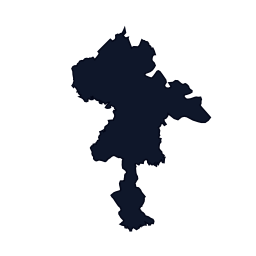 outline of Fortaleza dos Valos, Rio Grande do Sul, Brazil, rotated 311°
{"feature_id": "56859067B10871106243239", "entity_name": "Fortaleza dos Valos", "entity_type": "district", "adm_level": 2, "iso_a3": "BRA", "parent_name": "Brazil", "parent_adm1": "Rio Grande do Sul", "projection": "mercator", "projection_center": [-53.309, -28.909], "detail": "fine", "context": "isolated", "style": "filled", "palette": "ink", "viewbox_px": 256, "rotation_deg": 311, "n_neighbors": 0, "source": "geoboundaries", "source_scale": "gbopen_adm2", "svg_char_len": 5077}
<svg xmlns="http://www.w3.org/2000/svg" viewBox="0 0 256 256"><g transform="rotate(311 128 128)"><path d="M50.3,185.2L50.8,187.1L52.3,189.6L50.9,191.2L51.8,192.7L53.1,192.5L52.6,194.2L52.5,195.8L51.7,197.0L52.7,198.0L53.6,197.2L56.2,197.0L56.7,198.1L57.0,201.0L60.0,201.9L61.1,201.2L62.1,202.4L63.0,201.3L63.5,202.9L65.2,203.5L66.7,205.2L67.6,204.0L68.3,202.9L68.7,204.8L69.3,206.3L68.5,207.3L69.6,208.4L71.4,207.9L72.5,209.7L74.6,208.6L75.3,206.8L74.7,204.9L74.4,203.4L74.3,201.9L73.6,200.2L72.9,198.5L73.7,197.0L73.9,194.7L73.4,192.7L74.1,191.6L74.2,189.7L76.7,189.0L78.2,189.6L79.1,188.9L80.6,188.9L83.2,188.1L85.0,186.8L85.9,185.7L87.3,185.9L88.3,180.3L89.3,178.1L89.7,175.3L88.9,174.0L88.3,172.5L89.8,170.9L90.6,169.5L93.9,168.8L95.9,168.6L97.5,166.8L98.2,164.8L99.4,163.1L102.7,159.7L104.1,159.2L104.7,157.6L105.9,157.1L106.8,157.8L107.4,160.3L109.6,160.0L111.3,162.6L113.0,161.5L114.7,161.4L116.0,162.1L116.7,163.3L116.0,164.6L115.0,165.5L114.3,168.0L116.0,168.0L115.8,169.8L116.8,171.0L119.1,171.3L117.5,172.6L117.9,174.5L120.8,173.0L120.5,174.8L122.1,174.2L123.8,174.1L125.6,174.2L124.7,176.7L125.5,177.9L128.7,175.5L130.0,175.1L129.2,173.9L130.9,173.2L130.7,170.7L132.1,168.9L132.2,167.0L132.8,164.7L134.6,163.3L136.7,162.0L139.0,161.9L140.3,160.3L141.5,159.9L140.6,158.0L141.4,156.9L143.2,156.7L143.7,155.5L146.8,153.5L148.2,150.7L150.8,151.0L153.3,150.0L154.3,151.1L153.9,153.7L155.8,154.3L156.6,151.0L158.2,149.1L160.4,150.1L161.6,150.1L163.5,149.8L165.1,148.8L165.4,152.1L165.6,156.5L167.1,160.2L171.6,161.0L173.9,162.7L175.2,165.0L176.8,171.8L179.0,176.9L180.4,179.6L182.9,182.5L186.4,183.4L190.0,183.2L190.5,179.7L191.9,169.2L192.5,167.2L194.1,167.0L196.4,165.1L197.7,164.6L198.8,162.6L197.1,161.0L196.1,159.4L195.2,158.6L193.6,157.7L191.0,156.2L189.3,154.7L188.1,153.4L188.0,151.8L188.1,150.4L188.8,149.1L190.2,148.9L192.5,150.5L194.7,151.8L197.0,152.6L198.1,151.8L197.8,149.3L198.1,147.9L199.1,146.2L199.3,143.6L198.9,142.1L197.4,141.5L196.4,140.2L196.2,138.8L196.2,134.6L194.8,132.7L191.9,132.1L188.9,129.2L187.7,133.2L186.4,133.5L184.4,132.4L183.2,130.4L183.4,128.4L184.4,127.3L187.5,126.8L189.0,124.9L189.7,122.2L190.5,119.1L191.4,115.1L191.0,113.3L189.7,112.8L187.4,113.1L184.0,113.4L181.8,113.3L180.8,112.7L179.9,110.5L179.2,108.4L178.7,106.8L179.6,105.2L181.1,105.4L182.7,106.3L185.2,107.6L187.8,108.2L190.7,108.0L193.0,107.5L194.2,105.1L194.4,102.4L195.1,101.2L196.9,99.9L198.5,99.3L200.1,99.2L201.3,100.4L202.3,98.7L203.1,97.5L203.9,95.8L204.5,94.3L202.9,93.8L204.2,91.9L204.4,90.6L204.1,89.2L205.1,88.3L205.7,86.3L204.6,84.4L204.6,83.1L203.8,82.0L203.7,80.6L198.3,82.5L195.8,82.5L193.1,79.0L191.9,78.5L190.6,78.3L191.8,76.0L195.3,69.4L196.6,68.7L194.4,67.4L194.2,65.8L194.6,63.5L198.3,63.6L201.1,60.0L198.6,60.8L195.7,61.5L194.4,60.6L192.5,60.0L191.9,58.7L190.0,57.9L188.4,59.5L186.5,60.4L183.3,59.4L183.3,56.5L166.1,55.3L165.9,56.8L164.8,57.8L163.0,58.0L157.8,58.2L158.3,55.2L156.3,54.5L155.7,53.4L154.5,53.0L153.3,51.1L152.1,50.2L149.3,50.0L148.2,48.6L146.6,47.8L145.1,48.2L143.4,47.9L141.4,48.6L139.7,46.9L138.2,46.3L136.1,46.7L134.7,49.3L132.4,51.5L131.2,53.0L130.1,54.4L128.9,55.3L128.4,56.5L127.0,57.0L125.1,57.9L123.3,58.0L123.0,60.2L124.4,60.0L124.3,62.1L123.9,63.6L123.5,65.2L121.9,65.9L123.0,67.1L122.0,67.7L121.6,69.2L122.1,70.5L121.0,71.4L119.7,70.7L120.5,73.2L120.7,74.9L120.4,76.5L119.9,78.0L120.7,79.4L122.0,80.0L123.1,78.8L124.6,79.1L125.2,81.5L126.3,82.5L126.9,81.2L127.2,79.9L128.6,80.7L127.5,82.7L128.7,83.9L128.4,85.7L129.1,87.2L130.1,88.3L130.4,89.7L128.8,89.2L128.3,90.6L129.2,92.2L130.6,91.5L131.5,93.0L131.1,95.0L133.4,95.5L135.0,97.0L133.1,97.2L131.7,97.1L130.2,97.3L128.7,97.6L129.2,99.2L130.7,100.7L132.0,101.3L133.1,100.0L134.3,100.4L134.5,101.8L135.1,103.6L134.1,105.2L133.9,106.8L132.9,107.3L131.9,105.9L130.6,106.3L130.0,108.0L129.4,109.3L128.3,110.4L127.0,110.9L125.7,111.2L124.3,111.8L123.1,110.6L121.9,109.4L120.8,108.4L119.9,110.0L118.3,110.7L116.7,110.7L115.5,110.2L113.6,110.0L112.4,111.0L110.9,111.0L110.8,112.6L109.2,112.1L109.4,110.5L107.9,110.0L106.7,109.3L106.0,110.7L104.9,111.6L103.1,111.5L101.7,112.1L100.9,113.6L99.7,114.1L98.6,113.4L97.1,113.8L95.9,113.7L94.7,114.4L94.0,113.3L92.8,112.5L91.9,113.4L90.7,112.5L89.4,112.6L88.4,112.8L87.6,114.5L86.6,116.8L85.1,117.7L84.3,118.9L83.9,121.0L82.3,122.3L82.1,124.0L82.4,125.4L83.5,126.2L84.9,126.9L86.4,129.5L87.7,132.7L89.0,133.2L91.0,133.1L92.5,133.4L93.7,133.8L95.0,133.9L96.8,134.4L98.0,135.1L98.7,136.5L99.0,138.3L99.7,140.4L100.9,141.3L101.2,143.2L101.5,144.9L100.2,145.1L99.2,145.7L98.1,146.7L96.5,147.9L94.3,150.4L94.5,152.0L94.6,154.3L93.8,156.1L92.5,156.6L91.2,156.2L89.9,156.9L89.0,157.7L87.9,158.3L85.9,159.7L84.4,158.8L83.0,157.2L80.8,158.0L79.5,159.4L78.6,160.7L77.7,161.9L76.6,163.1L75.3,163.2L73.6,162.1L71.5,160.8L69.8,160.0L67.9,159.7L66.2,159.4L65.6,161.3L65.5,163.0L65.2,164.2L64.5,166.6L63.9,168.9L63.5,170.4L63.1,172.0L63.2,173.6L62.5,175.6L61.3,176.9L60.1,176.8L58.5,176.5L57.2,177.6L56.7,179.3L56.0,181.2L55.8,183.0L55.7,185.1L54.2,186.0L52.9,185.5L51.4,185.5L50.3,185.2Z" fill="#0f172a" stroke="#020617" stroke-width="1.5"/></g></svg>